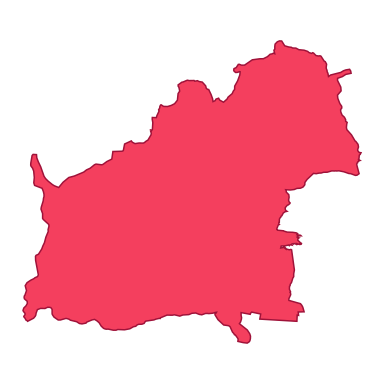 outline of Burjuc, Hunedoara, Romania
{"feature_id": "2599482B33280510727710", "entity_name": "Burjuc", "entity_type": "district", "adm_level": 2, "iso_a3": "ROU", "parent_name": "Romania", "parent_adm1": "Hunedoara", "projection": "equal_earth", "projection_center": [22.496, 45.972], "detail": "fine", "context": "isolated", "style": "filled", "palette": "rose", "viewbox_px": 384, "rotation_deg": 0, "n_neighbors": 0, "source": "geoboundaries", "source_scale": "gbopen_adm2", "svg_char_len": 5924}
<svg xmlns="http://www.w3.org/2000/svg" viewBox="0 0 384 384"><path d="M259.8,319.1L296.9,321.3L297.2,315.1L298.6,315.4L298.2,312.0L304.1,311.8L302.8,307.2L301.8,305.3L300.5,303.7L288.9,300.4L288.8,298.9L290.7,294.7L290.5,292.8L290.0,292.3L290.5,291.7L289.4,289.2L289.5,286.3L290.1,285.7L290.2,284.4L291.5,282.5L292.8,278.1L293.7,276.7L293.7,273.8L294.4,270.0L291.6,249.8L290.9,249.4L289.3,249.8L287.2,249.2L286.5,249.5L285.3,248.6L285.9,248.4L284.5,246.9L283.6,247.1L283.5,247.5L280.7,248.0L281.2,246.0L285.1,245.8L288.6,245.0L289.3,245.7L290.2,244.7L291.9,245.1L291.5,244.5L291.7,244.1L292.8,243.7L293.6,244.1L293.8,243.6L294.9,243.6L296.7,244.6L297.0,244.5L296.8,244.2L297.7,244.2L297.4,243.8L299.6,244.5L301.1,244.3L301.4,243.8L300.0,243.1L300.1,242.9L301.8,243.6L300.4,242.7L297.7,240.1L297.9,238.9L298.9,238.0L298.4,238.0L298.5,237.6L297.8,237.1L297.4,237.4L297.1,237.1L297.9,236.8L297.7,235.9L301.1,235.8L300.6,235.3L296.9,234.7L297.6,233.6L296.1,232.8L292.7,232.3L287.2,232.1L283.9,231.1L283.6,230.8L277.6,230.2L277.4,229.7L276.8,229.5L276.9,228.5L278.3,224.9L279.3,224.5L278.8,224.0L278.8,223.3L278.9,222.4L279.3,222.3L279.4,219.2L279.8,218.2L280.7,217.3L281.1,216.2L281.8,215.8L283.3,213.0L285.0,211.8L287.0,211.3L285.9,210.6L285.4,209.7L285.2,208.4L285.3,207.6L287.3,205.2L288.3,204.9L289.9,203.5L290.1,202.9L289.0,201.7L288.6,200.0L289.1,197.2L288.8,194.7L286.3,192.1L286.2,190.7L285.7,189.7L290.2,190.0L294.3,189.5L296.9,188.4L300.5,188.2L302.3,187.4L303.2,186.9L304.8,184.8L304.9,182.5L307.1,179.4L313.5,173.4L316.2,173.7L319.0,173.1L321.3,173.0L323.5,172.3L327.3,172.2L331.8,170.9L334.9,171.0L335.8,170.8L336.5,171.0L338.9,170.8L343.9,171.8L348.8,173.5L350.8,173.7L355.4,175.4L357.0,175.2L359.1,173.7L357.0,165.8L356.7,164.1L357.0,163.2L357.6,162.8L357.6,162.2L358.0,161.6L358.7,161.4L358.7,160.5L360.0,160.4L358.5,159.2L359.0,158.4L359.3,155.1L360.2,154.4L361.0,152.7L359.2,152.5L357.7,150.6L357.7,149.5L358.5,147.0L358.0,144.3L355.8,141.4L355.1,141.0L351.5,134.9L346.8,129.6L346.4,127.4L346.8,123.6L347.2,122.6L347.0,122.2L345.7,121.4L345.6,119.5L344.4,117.2L342.1,115.1L340.8,112.0L340.6,109.7L341.8,108.0L341.7,106.3L339.8,103.5L337.8,98.3L337.5,95.1L341.1,90.9L340.8,87.1L337.5,80.4L337.6,78.3L342.4,76.6L345.8,74.4L351.1,73.3L350.7,71.0L349.6,69.3L345.9,69.9L343.4,70.8L340.8,72.4L330.6,75.0L328.5,76.5L327.9,73.2L327.2,71.9L327.0,70.3L326.3,68.6L326.2,67.4L326.6,64.2L325.3,61.7L324.1,61.0L321.0,56.2L320.0,55.8L318.2,56.0L315.9,55.5L313.6,53.1L312.7,52.7L311.5,53.4L308.9,52.5L307.7,51.4L304.1,50.2L298.9,49.7L295.9,48.1L292.5,48.0L291.4,47.3L288.8,47.0L284.7,45.8L281.7,41.0L279.4,40.9L277.3,41.8L275.1,44.1L274.8,46.3L274.8,49.2L273.9,50.2L274.7,53.7L273.4,53.2L272.0,53.9L270.2,54.2L267.4,56.7L263.4,58.7L259.6,58.8L252.3,59.8L244.6,65.1L241.6,65.2L239.3,64.3L238.3,64.4L236.2,67.6L234.0,68.6L233.7,70.2L234.2,71.4L235.7,72.5L237.4,72.4L239.7,71.6L240.2,71.8L239.8,75.0L237.6,80.9L234.7,86.1L234.6,89.4L233.3,91.1L232.2,93.6L228.1,97.1L227.1,99.0L223.5,102.2L219.7,100.1L218.6,98.2L216.0,99.1L215.1,100.7L213.0,101.6L212.6,98.8L211.1,94.6L208.7,89.5L207.4,89.3L206.2,88.1L205.7,85.9L202.3,82.1L199.0,81.5L197.5,80.7L194.8,81.2L194.1,80.5L189.3,80.6L187.3,80.2L183.0,82.0L181.8,82.2L178.1,84.9L178.2,86.3L178.9,87.3L179.7,91.1L178.1,93.5L177.4,100.2L174.6,103.7L171.3,105.4L167.6,106.5L163.6,106.4L161.1,104.8L160.6,105.0L159.9,106.3L159.7,107.9L158.6,109.9L159.0,110.9L158.9,111.4L156.8,115.9L156.4,117.6L152.3,117.5L152.2,119.2L152.8,122.6L152.4,129.5L151.9,130.1L151.1,130.0L151.6,130.6L151.4,131.0L150.6,131.1L151.3,133.2L151.0,134.9L148.0,140.0L145.3,141.7L144.8,142.4L143.3,143.1L139.1,143.0L135.0,143.6L132.4,142.3L131.3,140.9L124.6,144.0L123.3,150.6L122.2,151.2L112.9,151.5L111.8,159.1L106.9,161.5L103.1,164.3L101.8,164.8L96.0,164.1L94.5,164.7L90.2,168.2L86.5,169.9L83.7,172.1L74.4,176.0L68.8,177.5L63.1,182.2L58.7,187.5L54.4,185.8L52.3,184.5L48.2,181.2L45.5,178.5L44.0,176.2L40.7,166.8L38.4,162.0L36.8,157.9L36.5,154.6L33.1,154.4L32.1,155.5L30.8,163.1L30.7,165.1L31.1,166.3L32.4,167.9L33.2,169.8L33.7,171.2L34.3,177.5L33.8,182.8L34.0,183.5L34.6,185.4L42.1,188.3L43.4,191.6L44.0,194.4L44.0,196.6L43.5,198.2L43.2,200.9L41.3,207.1L41.0,209.1L42.6,213.6L42.6,218.4L43.3,219.5L48.7,224.4L49.0,226.0L48.1,229.5L48.2,231.6L45.9,237.1L44.4,242.8L42.8,246.1L41.8,248.9L38.5,254.2L36.1,255.3L35.5,256.3L35.6,260.3L38.3,274.7L37.9,276.0L37.3,276.7L35.0,277.7L33.8,278.7L30.9,280.1L27.1,282.6L25.2,285.7L26.5,290.6L24.9,295.2L24.3,296.0L24.1,297.4L24.4,298.8L27.2,301.3L27.3,303.5L26.0,305.8L23.8,308.0L23.0,310.4L23.4,311.4L24.9,313.2L25.1,314.1L24.9,314.9L23.8,316.3L23.9,316.9L25.0,318.2L26.0,320.1L27.3,320.8L27.6,321.3L33.6,318.2L35.2,316.3L35.8,315.1L36.1,313.2L37.4,309.6L40.6,308.4L45.0,308.5L47.5,307.3L49.3,307.3L50.8,307.6L52.1,309.4L52.1,313.5L52.3,314.5L54.0,317.1L58.2,320.0L60.3,320.0L65.6,318.5L66.7,318.5L69.0,319.2L70.4,320.2L76.6,321.7L79.4,323.5L82.0,323.9L86.0,323.1L86.8,322.1L87.7,321.7L92.1,319.9L94.6,319.4L96.9,320.8L99.1,322.7L101.2,326.1L103.4,328.2L104.3,328.7L106.1,329.2L108.2,329.1L113.3,330.2L116.0,330.2L117.8,329.5L124.5,329.8L129.8,328.8L133.5,326.7L135.7,326.3L137.3,324.8L138.7,324.3L141.9,324.2L144.1,323.4L145.3,321.5L145.9,321.1L154.0,319.9L156.0,319.1L159.2,318.4L160.2,318.5L160.5,317.8L167.0,315.1L172.3,315.2L174.4,314.8L179.8,316.1L182.8,315.0L188.9,314.6L191.9,313.3L195.7,313.0L199.3,314.4L201.8,314.8L205.3,313.5L207.0,313.4L208.8,313.6L212.8,313.2L215.1,312.5L215.1,312.8L215.4,312.8L216.5,312.3L216.4,312.7L215.0,313.9L215.0,314.8L218.0,319.7L223.7,325.0L228.6,325.7L230.0,326.6L232.5,332.1L233.8,333.5L234.5,334.8L235.3,334.9L237.8,338.4L238.1,339.1L237.9,341.4L243.1,342.6L247.2,343.1L249.1,341.9L249.9,340.8L250.4,338.6L250.5,336.1L249.7,333.7L247.3,330.0L239.4,323.7L240.6,321.9L241.4,319.2L241.6,317.7L241.1,315.4L241.1,312.6L250.2,314.3L250.6,313.2L251.7,312.1L260.7,314.0L259.8,319.1Z" fill="#f43f5e" stroke="#9f1239" stroke-width="1.5"/></svg>